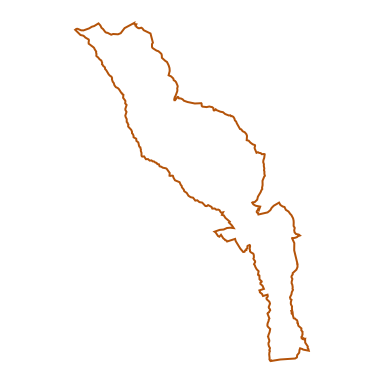 outline of Stefesti, Prahova, Romania
{"feature_id": "2599482B54768609949993", "entity_name": "Stefesti", "entity_type": "district", "adm_level": 2, "iso_a3": "ROU", "parent_name": "Romania", "parent_adm1": "Prahova", "projection": "albers", "projection_center": [25.865, 45.269], "detail": "fine", "context": "isolated", "style": "outline", "palette": "amber", "viewbox_px": 384, "rotation_deg": 0, "n_neighbors": 0, "source": "geoboundaries", "source_scale": "gbopen_adm2", "svg_char_len": 5987}
<svg xmlns="http://www.w3.org/2000/svg" viewBox="0 0 384 384"><path d="M308.8,350.7L308.3,348.8L307.6,347.8L307.8,346.5L305.2,342.6L305.1,339.7L304.8,339.7L305.1,338.8L303.1,339.0L303.2,338.2L301.7,338.4L301.4,337.0L302.2,336.0L302.3,334.7L302.6,334.2L302.4,332.7L302.6,331.9L301.3,330.3L301.4,328.4L298.4,325.8L298.0,324.2L298.0,323.3L297.3,322.9L297.5,321.5L296.9,320.1L295.6,319.3L295.1,318.6L293.7,318.3L292.9,315.4L292.7,313.4L292.1,314.0L291.7,313.6L291.9,313.3L291.3,310.9L292.2,310.8L291.9,308.3L292.0,306.4L291.0,304.5L290.8,303.5L290.9,301.9L291.5,299.8L290.5,299.2L290.0,297.3L291.4,294.5L291.8,292.2L293.0,289.8L292.5,288.8L292.7,287.2L292.3,284.7L291.6,283.2L291.7,281.5L292.4,279.0L291.5,277.2L291.5,276.5L291.9,275.5L292.7,274.5L292.7,273.1L296.4,269.7L297.5,267.0L297.5,265.1L297.2,264.2L297.5,264.1L294.2,250.4L294.3,243.1L292.1,238.3L292.2,238.0L293.6,238.1L295.4,237.7L297.0,237.1L298.0,236.2L299.9,235.5L298.8,234.6L296.0,234.0L294.6,232.4L294.2,230.2L294.7,228.1L294.6,227.5L293.8,226.5L293.6,225.8L293.7,222.5L293.6,220.7L293.1,218.4L291.4,215.1L290.3,214.0L288.5,211.5L285.8,209.8L284.5,207.0L282.7,206.5L280.4,205.0L279.1,202.6L273.8,205.7L271.7,207.8L270.3,210.2L267.6,212.4L258.4,214.5L257.9,213.1L256.9,213.0L257.1,213.0L256.7,211.9L256.8,211.2L257.6,210.3L258.3,208.6L258.7,208.8L259.0,209.8L260.2,206.6L255.9,205.8L254.5,205.1L253.3,204.3L252.2,202.6L252.6,202.3L254.7,202.1L257.2,199.7L257.9,196.7L260.6,192.2L261.4,190.2L262.3,189.0L262.0,188.0L262.6,185.1L262.5,180.8L264.2,176.6L264.9,175.8L264.4,174.0L264.4,171.4L264.0,170.3L264.3,168.4L263.8,166.0L263.9,164.2L263.2,162.1L263.4,160.2L264.2,157.9L264.7,154.3L264.1,154.0L261.8,154.2L260.7,153.1L259.1,152.9L257.9,152.2L256.5,152.8L254.7,148.5L254.6,147.7L255.1,145.9L254.9,145.1L252.7,144.3L250.4,142.6L248.7,140.7L246.7,140.2L247.0,135.9L246.4,134.2L244.8,132.3L242.6,131.2L241.3,129.4L240.0,129.0L236.8,123.3L236.1,121.5L234.9,120.4L234.4,118.5L233.3,116.8L231.7,116.0L231.1,116.2L230.3,115.3L228.9,115.5L225.1,114.0L223.0,112.2L220.4,111.7L216.5,110.1L215.7,109.3L214.6,110.4L213.8,110.4L213.5,109.9L213.4,108.2L212.3,107.2L209.3,106.5L206.6,107.1L202.4,106.6L201.7,105.8L201.6,103.7L201.3,103.2L194.8,103.5L187.5,102.0L183.9,100.7L182.6,99.3L180.9,98.5L178.9,98.3L178.3,97.1L177.8,96.9L177.5,97.0L177.2,97.6L176.4,98.4L175.1,100.2L174.4,100.2L174.2,99.4L174.8,97.1L175.6,95.7L177.2,91.4L177.4,90.0L177.2,88.4L177.7,86.6L177.6,85.8L176.1,82.2L175.1,81.0L173.7,80.2L173.3,78.5L171.1,76.4L168.6,75.3L169.7,71.0L169.5,68.1L168.7,65.5L167.0,62.0L165.2,60.8L161.9,57.8L161.8,55.5L161.5,54.1L160.8,53.3L158.4,51.2L156.5,50.6L152.8,48.2L152.2,47.5L152.0,46.6L152.0,44.1L152.9,42.7L150.5,33.5L143.7,30.2L142.4,28.4L141.3,27.7L139.0,28.3L137.9,27.9L136.4,26.8L136.0,25.8L135.5,25.6L136.3,24.3L134.1,23.9L133.9,23.7L134.1,23.0L124.6,28.1L120.7,33.2L118.0,34.3L113.1,34.0L111.2,34.7L107.5,32.8L106.3,32.7L105.1,31.8L103.1,29.1L101.5,27.8L100.4,25.5L98.5,23.4L94.1,26.1L91.9,26.7L89.1,28.4L83.5,30.4L81.1,30.3L77.6,28.8L76.4,28.9L75.2,29.8L80.5,35.0L83.1,35.6L84.2,36.3L85.3,37.5L88.7,39.5L88.9,40.6L88.6,42.4L88.7,43.7L93.5,47.3L94.2,48.1L94.7,49.3L96.2,51.6L96.1,52.8L96.5,54.0L96.3,55.3L96.5,56.2L98.0,57.3L99.6,59.3L101.3,60.5L102.2,62.9L102.0,64.3L102.7,64.9L103.0,65.7L104.9,67.4L105.1,69.0L106.3,70.3L108.7,74.4L110.0,75.8L111.4,76.6L112.1,78.1L111.9,79.1L112.7,81.7L113.7,82.9L114.5,85.4L115.9,87.2L117.7,88.0L118.9,89.1L121.4,93.0L122.3,93.5L122.4,94.3L123.4,94.8L123.1,97.8L125.2,100.6L125.4,101.1L125.2,103.4L126.6,105.0L125.3,109.0L125.4,110.0L126.5,111.9L125.3,115.6L125.6,116.9L126.7,119.1L126.7,121.9L127.5,122.6L127.6,123.5L128.4,124.5L128.1,126.2L128.3,126.7L131.2,129.8L132.0,131.7L132.0,133.2L132.9,134.2L133.5,135.6L133.6,137.3L136.2,138.7L136.4,140.9L138.3,142.4L139.1,146.0L139.4,146.7L140.4,147.4L140.5,148.6L140.9,149.3L140.8,150.8L141.5,152.9L141.5,155.4L141.8,156.3L142.3,156.6L144.1,156.4L145.9,159.2L148.0,159.1L149.7,160.6L151.5,160.4L152.7,161.4L153.9,161.4L155.4,162.6L156.5,162.8L157.4,164.1L158.9,164.3L159.6,166.3L161.2,166.7L162.8,167.7L165.9,168.3L166.7,168.8L169.7,173.0L169.5,175.7L170.2,175.9L172.1,175.6L172.9,175.8L173.5,177.7L175.0,180.3L179.6,182.2L180.7,184.8L181.7,185.9L181.9,187.3L183.8,189.6L184.2,191.2L186.7,192.9L188.5,195.8L190.7,197.2L193.1,197.7L195.3,200.6L197.3,200.3L199.4,202.1L202.2,202.6L205.4,206.0L206.8,206.1L208.1,205.1L211.5,206.9L212.3,208.6L214.7,208.5L216.3,209.7L218.4,209.6L219.5,210.2L220.7,212.2L221.3,212.7L223.1,212.3L221.9,214.9L223.8,215.4L225.4,217.9L229.8,221.7L229.0,222.6L231.8,225.3L233.7,228.1L230.5,227.7L227.0,228.0L223.7,229.5L219.6,229.9L214.6,231.7L215.6,232.4L218.0,236.0L219.4,236.7L221.0,234.8L223.3,238.4L224.9,239.6L225.2,240.2L226.6,240.6L227.1,241.5L235.1,238.9L235.7,241.1L240.3,248.6L243.2,252.0L244.5,251.8L245.2,250.4L246.3,250.1L246.2,249.2L247.3,248.3L247.4,246.2L247.7,245.8L249.6,245.0L250.0,245.4L250.1,246.2L249.6,249.1L250.0,249.9L250.0,251.3L250.7,252.2L253.3,253.7L253.8,255.0L253.9,257.4L253.4,258.6L253.9,259.6L255.1,261.2L255.1,262.2L254.0,264.2L254.8,265.3L255.4,267.0L256.7,269.3L258.6,271.2L258.0,274.7L258.4,275.2L259.2,275.3L259.4,275.5L259.5,279.3L261.7,281.4L261.6,281.9L260.5,282.6L260.4,283.9L262.5,285.7L263.9,288.9L259.4,290.4L259.9,291.5L259.9,292.3L262.0,293.9L263.0,296.0L267.5,294.7L267.8,296.0L267.7,296.7L266.5,298.0L266.5,298.8L267.4,300.0L268.4,300.7L269.5,302.0L270.0,303.7L268.7,307.1L269.0,308.1L270.0,309.4L270.2,310.3L269.4,311.3L269.0,312.3L267.9,312.9L267.5,313.6L269.4,318.5L268.7,319.7L268.7,320.7L267.6,323.4L267.4,324.9L267.4,325.8L267.9,326.7L270.2,329.0L269.6,332.1L268.4,335.2L268.3,336.2L268.0,336.5L269.3,340.3L269.2,341.7L268.5,342.9L268.5,344.5L269.0,346.4L269.9,347.9L269.9,348.7L269.3,350.1L269.9,351.1L269.4,352.3L269.2,354.5L269.6,358.2L269.4,359.2L270.0,360.5L271.1,360.4L271.1,361.0L280.2,359.5L295.1,358.5L296.9,357.4L297.2,355.1L299.2,352.7L299.5,350.0L300.1,348.3L302.5,349.1L303.1,349.6L308.8,350.7Z" fill="none" stroke="#b45309" stroke-width="2"/></svg>